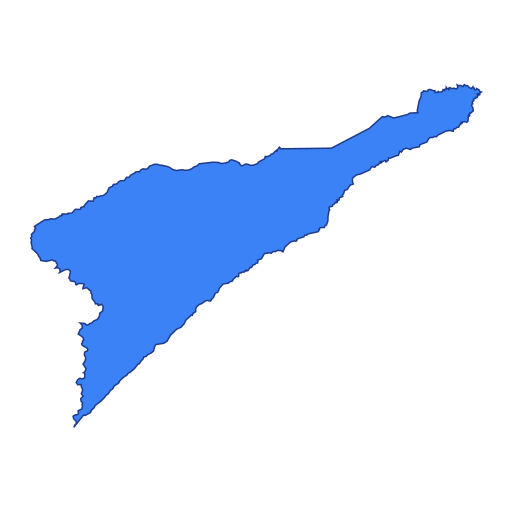 outline of Jaborandi, Bahia, Brazil
{"feature_id": "56859067B63285014650329", "entity_name": "Jaborandi", "entity_type": "district", "adm_level": 2, "iso_a3": "BRA", "parent_name": "Brazil", "parent_adm1": "Bahia", "projection": "mercator", "projection_center": [-45.328, -14.136], "detail": "fine", "context": "isolated", "style": "filled", "palette": "blue", "viewbox_px": 512, "rotation_deg": 0, "n_neighbors": 0, "source": "geoboundaries", "source_scale": "gbopen_adm2", "svg_char_len": 5918}
<svg xmlns="http://www.w3.org/2000/svg" viewBox="0 0 512 512"><path d="M353.2,184.1L352.4,180.8L352.5,178.1L356.4,175.0L360.7,173.9L369.7,169.9L371.7,166.6L374.5,167.2L375.2,166.9L376.0,165.5L378.0,164.9L379.1,163.6L381.2,162.8L380.1,161.8L380.9,161.3L382.0,161.8L384.9,160.4L385.7,160.8L385.7,161.8L386.6,161.6L388.3,160.0L388.5,158.0L389.8,158.3L396.5,155.6L398.3,155.4L399.9,151.2L401.4,152.1L403.5,149.0L404.7,149.0L406.2,148.1L410.3,149.5L412.7,148.0L419.3,146.8L419.8,144.7L426.9,142.0L428.6,138.8L430.2,137.5L432.8,137.5L434.7,136.4L436.5,136.8L438.0,135.0L446.8,130.7L447.9,131.0L448.6,130.4L453.3,131.2L453.5,129.1L455.4,128.8L456.9,127.4L458.6,127.2L459.6,124.9L460.7,124.5L461.2,122.5L462.0,123.2L462.6,121.8L465.5,121.7L466.8,122.3L467.9,121.2L468.4,115.8L469.1,116.2L469.7,115.7L469.0,114.4L470.2,113.6L470.0,112.9L470.9,112.9L473.3,110.9L472.8,107.6L471.6,105.6L472.0,104.1L472.8,103.8L472.2,102.2L472.5,101.4L473.8,100.8L473.5,99.0L475.6,98.3L475.6,97.5L477.2,97.5L477.9,95.8L477.1,94.4L477.3,93.7L478.0,93.5L479.0,95.0L479.7,94.8L479.9,93.1L481.3,92.0L480.0,91.7L479.1,90.0L476.7,88.5L476.4,89.4L475.2,89.9L474.2,89.3L474.4,88.2L473.0,87.6L472.9,86.8L471.3,88.6L469.5,87.7L467.5,85.6L465.3,85.7L464.6,84.6L463.5,85.3L463.2,86.5L462.2,86.7L460.8,85.4L458.4,85.6L457.2,84.9L457.9,87.6L456.1,89.0L453.8,88.1L452.4,88.7L449.7,87.6L448.9,89.7L448.3,89.1L448.5,88.2L446.8,88.7L446.2,87.5L446.0,89.3L445.1,89.1L444.5,90.4L443.1,89.6L442.7,91.1L441.0,92.0L438.9,92.2L438.2,91.4L437.4,92.2L435.1,92.7L434.9,90.6L433.7,90.8L429.8,89.4L428.4,89.7L427.1,91.5L423.6,90.8L423.1,91.8L421.3,92.8L421.2,96.0L419.1,101.1L417.2,110.9L418.0,112.7L409.9,113.1L407.4,114.6L393.8,118.0L387.6,115.6L385.4,117.0L382.2,116.7L369.3,128.4L331.4,148.2L280.8,148.8L279.5,147.2L278.7,148.0L279.0,148.5L276.6,150.2L277.2,150.5L276.9,151.2L275.0,151.4L272.6,154.0L271.2,154.1L270.1,155.5L266.6,156.7L265.3,156.4L264.6,158.6L263.7,159.3L258.3,162.1L257.8,163.5L253.4,165.2L249.9,165.3L247.8,164.2L245.6,164.0L242.1,166.0L240.1,164.7L239.5,163.0L235.3,160.9L231.6,159.8L229.7,160.4L228.8,162.0L224.3,163.2L220.7,163.5L218.9,162.5L213.0,162.2L199.2,163.8L197.1,165.9L194.2,166.8L191.8,168.7L188.3,170.1L184.7,170.3L182.5,169.7L176.2,170.5L172.9,169.6L169.2,167.2L166.8,166.4L161.1,165.1L160.2,165.4L157.0,164.2L154.8,164.2L149.6,166.1L147.7,168.4L146.2,169.2L143.1,168.8L141.1,169.7L139.5,171.6L135.4,172.0L134.8,173.0L130.9,174.9L128.9,177.4L126.6,177.3L124.4,180.6L120.8,180.7L119.0,181.5L116.9,183.9L113.3,184.5L112.4,186.4L109.1,187.7L107.2,192.2L104.6,194.7L102.6,195.8L100.4,195.9L98.7,196.7L97.0,196.3L95.9,197.7L94.1,197.8L93.1,201.2L88.3,200.9L84.3,205.6L84.2,206.7L81.4,207.2L80.6,207.9L80.7,208.8L80.1,209.4L75.3,209.3L71.9,213.1L67.6,213.4L67.1,214.2L62.5,213.9L61.8,214.3L62.0,215.6L59.7,216.0L59.0,217.0L54.7,219.1L50.3,218.8L48.4,219.7L44.7,219.8L34.4,226.4L35.6,228.0L34.5,229.9L34.5,231.4L31.4,234.4L31.8,236.5L30.7,238.1L31.6,240.1L31.1,242.2L32.3,247.9L32.0,248.6L37.7,253.9L38.5,256.0L40.1,258.0L40.8,260.5L46.5,261.4L52.4,259.8L53.7,260.9L55.3,261.0L57.4,264.3L57.0,266.1L55.3,268.1L57.9,267.7L59.5,268.5L60.2,271.1L59.5,272.6L64.5,270.0L67.3,269.3L68.7,269.6L70.5,271.6L68.9,278.3L69.9,279.1L70.4,280.8L74.9,281.7L75.6,282.7L75.7,284.5L76.4,284.8L79.0,283.4L83.4,283.7L84.4,284.6L83.3,286.3L82.9,288.7L86.5,287.7L88.6,289.0L89.0,289.9L90.8,290.6L91.1,293.3L91.9,294.6L92.1,298.6L94.6,301.6L95.4,303.9L97.4,303.7L98.0,304.1L97.8,304.9L98.7,305.5L101.5,304.2L103.2,306.6L102.5,311.1L99.8,313.1L99.4,316.2L97.4,319.4L93.8,320.9L91.6,323.1L89.9,323.5L87.8,325.0L86.7,325.0L84.9,323.5L80.1,323.0L82.2,325.0L82.2,328.1L80.1,329.7L78.2,334.0L82.9,337.3L83.3,338.3L83.8,339.9L82.6,340.9L82.5,342.8L81.6,343.7L82.3,345.4L86.7,347.9L87.9,349.3L87.1,351.2L85.2,351.6L84.4,353.0L84.5,355.6L85.5,356.8L85.7,358.4L85.0,361.1L83.1,364.1L85.9,368.6L85.0,371.7L83.5,372.7L84.4,373.0L84.8,374.0L84.8,376.9L84.3,377.9L82.2,379.0L79.9,378.2L79.2,378.6L77.8,379.7L76.2,382.5L77.7,384.7L81.2,384.5L81.3,386.8L82.3,388.6L82.6,390.8L81.3,393.7L83.1,396.3L80.7,398.6L81.2,401.5L82.7,402.9L82.0,404.6L82.5,405.8L81.8,409.0L78.1,410.7L78.4,413.7L78.0,414.4L74.9,415.0L73.1,416.2L73.7,418.9L76.0,420.9L76.5,423.8L83.5,415.2L85.3,415.4L90.6,412.4L91.5,410.2L94.2,407.7L95.1,405.5L100.7,401.3L104.7,397.3L105.7,395.5L108.3,393.7L110.2,390.5L112.7,388.9L114.1,386.0L118.7,383.0L119.7,380.9L123.2,377.5L127.0,375.0L128.3,373.0L130.0,372.4L134.5,368.6L137.8,364.2L139.4,363.7L140.5,361.6L143.2,358.8L143.7,356.9L146.1,356.5L147.6,354.7L151.1,353.0L153.5,351.1L154.7,346.4L155.9,344.5L163.6,343.3L167.0,341.3L170.5,335.1L176.7,329.2L181.1,327.2L184.1,323.8L186.0,320.0L190.9,315.4L192.3,315.4L193.0,313.4L195.7,311.7L195.6,309.1L196.4,307.0L199.3,304.4L201.6,303.7L205.6,300.8L207.5,300.4L210.2,301.1L211.0,300.6L211.5,299.3L213.4,297.5L215.3,293.2L217.8,292.2L219.5,288.2L223.2,283.9L228.5,283.1L229.9,281.7L232.2,281.2L233.9,278.6L236.4,276.3L238.0,276.8L238.6,276.4L238.8,273.4L239.3,272.9L240.9,273.0L242.4,272.1L244.4,272.0L245.3,270.4L246.3,270.3L246.3,271.0L247.9,270.6L250.3,267.4L251.3,267.5L252.0,266.7L253.1,264.9L254.8,264.5L256.2,263.1L257.6,263.0L257.9,261.1L257.5,260.2L261.6,258.7L264.0,254.1L265.0,253.5L268.0,253.2L269.0,252.5L271.1,253.3L273.2,251.5L275.4,251.6L277.6,250.4L281.6,250.7L282.1,251.5L283.1,251.8L284.8,247.2L290.5,241.9L294.1,241.0L296.1,241.2L296.9,240.4L296.7,239.7L297.8,238.7L303.8,236.8L305.1,235.0L306.7,235.1L308.2,233.9L318.2,231.7L319.5,229.5L319.0,229.0L320.4,227.6L324.3,227.5L325.4,225.2L326.4,225.1L327.9,221.0L328.0,216.4L328.9,211.2L329.7,209.9L329.0,208.3L329.1,207.1L332.5,206.2L332.8,204.7L333.9,204.3L335.5,202.4L336.2,202.0L336.3,202.7L337.0,202.5L337.5,201.5L337.0,199.8L338.6,200.3L339.2,199.8L339.3,197.9L342.7,196.5L342.3,195.8L343.8,193.2L344.6,190.4L347.3,189.5L350.2,185.0L353.2,184.1ZM76.5,423.8L75.3,424.3L73.7,427.4L76.5,423.8Z" fill="#3b82f6" stroke="#1e3a8a" stroke-width="1.5"/></svg>